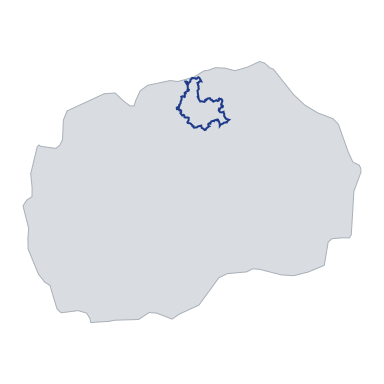 Kumanovo, Staro Nagoričane, North Macedonia shown in context
{"feature_id": "65306769B55307449205038", "entity_name": "Kumanovo", "entity_type": "district", "adm_level": 2, "iso_a3": "MKD", "parent_name": "North Macedonia", "parent_adm1": "Staro Nagoričane", "projection": "equal_earth", "projection_center": [21.797, 42.114], "detail": "fine", "context": "in_parent", "style": "outline", "palette": "blue", "viewbox_px": 384, "rotation_deg": 0, "n_neighbors": 0, "source": "geoboundaries", "source_scale": "gbopen_adm2", "svg_char_len": 3429}
<svg xmlns="http://www.w3.org/2000/svg" viewBox="0 0 384 384"><path d="M170.5,80.6L177.8,81.5L193.7,77.1L203.7,71.0L208.7,70.1L215.4,67.7L225.1,68.1L234.9,70.7L247.3,67.2L259.6,61.5L264.5,63.0L269.8,67.8L273.3,69.1L293.7,94.7L304.8,105.1L318.0,113.0L333.0,118.7L338.4,124.3L348.1,151.6L352.8,162.0L359.1,165.1L360.7,168.1L361.0,172.0L353.9,191.3L351.3,234.5L349.5,237.9L342.0,237.8L332.0,238.7L328.2,242.0L324.3,265.3L308.3,272.0L293.7,275.7L281.4,274.9L259.8,269.4L252.7,268.8L246.7,271.9L227.4,273.6L218.9,277.7L199.0,305.0L178.8,314.4L172.0,319.1L156.6,313.1L149.2,312.5L138.5,319.5L115.1,320.2L108.8,321.4L90.7,322.5L90.0,318.7L86.7,313.2L78.3,310.6L61.1,312.8L57.0,308.8L50.0,285.6L44.5,281.9L38.4,274.1L28.1,249.0L27.9,238.0L28.7,228.4L23.0,205.9L26.6,200.2L32.0,196.6L32.1,187.6L30.7,173.8L37.2,146.9L39.0,145.0L40.6,146.3L55.9,148.4L59.9,145.0L62.5,139.7L63.4,120.0L67.1,110.9L104.3,93.7L115.2,93.0L123.5,101.0L130.1,106.0L134.1,105.9L135.6,100.8L140.1,90.9L147.7,85.3L170.3,80.5L170.5,80.6Z" fill="#d9dde1" stroke="#a8b0b8" stroke-width="1"/><path d="M229.1,119.8L226.0,118.8L225.7,118.1L225.2,117.9L225.1,117.2L224.2,116.2L224.2,113.5L223.5,112.7L223.5,111.8L221.9,112.4L220.1,112.2L218.7,110.4L218.9,109.4L219.4,110.0L220.4,108.0L221.2,107.2L222.3,107.4L222.8,106.9L222.9,106.0L221.3,105.1L221.2,104.6L221.7,104.6L221.5,103.6L222.3,101.5L222.3,100.3L221.6,99.8L221.7,99.4L221.0,98.9L220.5,99.1L219.6,98.8L219.3,98.5L218.8,98.8L219.0,99.9L218.6,100.7L218.1,100.6L217.6,101.0L216.5,100.2L213.7,101.4L213.4,101.2L213.2,101.5L211.7,100.2L211.7,99.7L210.5,99.6L209.9,98.2L207.4,98.6L206.9,99.3L205.8,99.5L205.3,99.9L205.7,100.4L205.3,100.5L204.5,101.9L201.8,101.3L200.2,101.5L198.7,98.9L198.5,97.8L198.1,97.8L197.7,96.6L198.3,96.3L197.5,90.7L198.8,88.9L198.4,87.1L198.6,86.0L198.1,85.4L197.5,82.9L198.6,82.8L198.9,81.9L199.9,81.2L201.3,81.4L199.7,78.4L198.6,77.3L198.3,77.4L198.0,77.5L197.5,77.7L197.4,77.9L197.1,78.3L197.0,78.6L196.6,78.7L196.1,78.9L195.9,78.9L195.7,78.7L195.4,78.3L195.2,78.2L194.5,78.2L194.4,78.2L193.7,78.3L192.8,78.0L192.2,77.9L192.0,78.4L191.5,79.0L190.6,79.5L190.4,79.8L190.4,80.6L190.4,81.2L190.2,81.6L190.0,81.8L189.8,82.0L188.8,82.7L188.3,82.8L187.7,82.8L187.4,82.1L187.0,81.9L186.4,81.5L186.0,81.5L185.9,81.7L185.4,81.7L186.9,84.3L188.1,84.4L187.6,85.6L187.9,88.5L187.5,89.6L187.6,89.9L188.8,89.9L188.7,90.4L188.1,90.4L188.1,90.9L186.7,91.4L184.9,92.7L185.5,93.5L184.7,93.8L184.9,96.5L184.6,97.0L182.8,96.2L181.3,96.7L181.7,97.7L181.5,99.9L180.7,101.3L180.5,103.4L179.2,105.0L179.5,105.5L179.0,107.0L178.6,106.8L178.4,107.3L177.2,107.3L176.7,107.9L176.9,109.1L177.7,109.1L178.6,109.6L179.2,109.4L179.5,110.3L180.0,109.9L181.1,110.5L181.2,112.2L180.4,113.1L182.2,115.5L183.3,114.8L183.9,115.0L184.4,116.0L184.4,117.1L185.3,117.6L187.4,117.4L188.7,117.8L188.6,120.3L187.4,122.2L187.8,123.0L190.0,123.3L191.1,123.9L191.3,124.4L192.2,125.0L192.3,125.9L193.5,126.2L193.4,127.1L194.0,127.7L197.0,127.3L197.8,126.5L201.2,125.6L201.7,127.9L203.7,128.9L204.5,130.0L205.7,129.8L206.3,128.4L208.0,127.2L208.3,126.5L209.2,126.3L208.5,125.6L208.2,124.2L209.4,123.2L210.4,123.6L210.6,122.5L211.4,121.3L213.1,120.9L214.0,121.2L214.1,120.6L215.3,120.0L216.7,120.3L217.0,119.6L217.5,119.5L217.8,120.3L218.2,120.1L218.4,120.5L219.2,122.1L219.8,124.2L219.8,125.8L220.7,124.5L223.0,123.6L223.9,122.7L225.0,122.7L226.2,122.1L226.8,122.4L227.7,120.9L229.1,119.8Z" fill="none" stroke="#1e3a8a" stroke-width="2"/></svg>